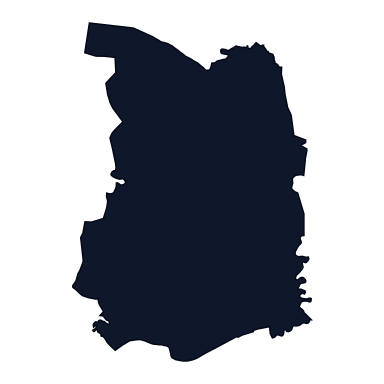 outline of Guri, Jigawa, Nigeria
{"feature_id": "59680162B66353567053476", "entity_name": "Guri", "entity_type": "district", "adm_level": 2, "iso_a3": "NGA", "parent_name": "Nigeria", "parent_adm1": "Jigawa", "projection": "orthographic", "projection_center": [10.497, 12.643], "detail": "fine", "context": "isolated", "style": "filled", "palette": "ink", "viewbox_px": 384, "rotation_deg": 0, "n_neighbors": 0, "source": "geoboundaries", "source_scale": "gbopen_adm2", "svg_char_len": 5896}
<svg xmlns="http://www.w3.org/2000/svg" viewBox="0 0 384 384"><path d="M84.8,52.7L95.2,55.9L96.3,56.1L103.7,56.2L115.1,57.3L115.9,72.6L112.9,75.8L110.8,77.9L107.3,81.8L105.9,83.5L107.8,94.7L110.1,102.5L112.9,108.2L123.0,121.8L117.9,126.8L113.5,131.4L111.9,133.6L110.0,137.9L112.6,148.9L115.7,164.0L115.8,165.5L116.1,166.8L115.6,170.7L113.6,170.8L112.4,171.7L111.4,173.1L111.0,174.8L112.4,176.2L114.5,177.5L116.9,178.4L119.4,179.2L122.9,178.6L124.1,179.4L125.5,181.8L125.3,183.4L123.9,184.4L122.4,184.9L121.1,185.2L117.5,182.8L116.4,183.0L116.4,184.2L116.3,186.3L115.9,188.2L113.8,192.6L112.3,193.5L110.5,193.9L108.9,193.8L106.8,193.1L106.5,196.3L107.7,200.9L107.0,206.6L106.1,210.0L103.4,218.5L97.0,220.5L91.5,222.1L85.0,221.8L82.9,233.3L80.7,237.6L83.3,260.9L82.2,264.4L79.9,270.5L78.1,273.5L76.1,280.6L75.1,282.4L73.2,284.9L72.7,286.2L72.8,287.1L73.4,287.8L75.0,288.9L76.4,290.1L79.8,293.4L82.3,295.5L87.8,297.5L96.0,299.1L97.1,298.7L97.7,298.2L99.2,304.2L103.6,311.7L100.0,315.5L103.3,316.0L106.3,319.9L108.7,320.9L109.5,322.8L109.6,324.1L108.4,324.3L107.2,323.8L106.0,323.2L104.8,322.1L104.0,321.5L102.7,321.4L101.8,320.7L100.6,320.2L99.3,320.3L98.5,320.9L98.5,321.8L97.8,322.2L96.8,322.1L95.8,321.8L95.1,322.3L94.1,323.2L93.4,324.2L93.3,325.6L93.6,327.0L94.5,326.4L95.1,325.7L95.8,325.5L96.3,325.7L96.5,326.8L95.9,327.9L95.3,328.6L94.6,329.1L94.2,329.6L93.3,329.6L92.9,330.6L93.9,331.5L94.6,331.2L95.5,330.0L96.5,329.6L97.6,330.4L97.8,331.9L100.8,333.8L101.3,336.1L102.8,336.3L104.3,337.6L104.6,338.0L107.6,342.8L110.3,345.7L115.2,350.3L122.5,345.0L129.8,340.7L136.0,339.8L140.1,339.5L144.9,340.9L151.3,343.5L153.9,344.2L156.8,344.4L159.7,344.8L161.9,344.7L164.4,345.6L166.0,345.6L169.0,347.1L170.9,353.8L171.0,355.7L171.9,357.6L175.6,359.6L179.5,360.4L183.3,361.0L187.1,361.0L192.6,359.8L195.4,358.8L198.2,357.4L205.5,353.1L218.5,346.3L236.0,336.9L238.6,337.0L241.7,335.2L253.3,331.6L253.0,330.5L255.6,329.7L257.4,329.0L270.0,326.6L269.8,327.8L269.8,330.0L270.2,331.5L270.3,333.3L270.2,333.5L270.6,334.2L271.6,336.3L271.7,336.7L272.1,337.4L272.6,337.9L273.4,337.5L274.1,337.5L276.0,335.7L276.5,334.7L279.1,335.1L281.4,335.9L282.6,335.6L283.3,334.5L283.7,332.9L283.8,331.4L284.0,330.4L284.6,329.6L285.5,329.6L286.1,330.0L286.5,331.0L287.2,331.5L288.3,331.6L289.5,331.2L290.5,330.7L291.6,329.8L292.0,328.5L292.3,327.1L292.7,326.5L293.6,325.8L294.8,325.8L296.5,325.9L298.0,325.6L299.3,325.4L300.5,324.6L301.6,323.6L302.5,322.6L302.9,322.7L303.0,322.9L304.5,322.8L305.5,323.2L306.1,323.4L306.6,323.4L307.3,323.2L308.1,323.0L308.7,322.3L309.4,321.4L308.7,320.5L308.7,320.4L308.8,320.3L309.4,320.0L311.3,319.8L303.9,312.5L303.5,310.9L302.4,309.6L300.5,308.2L299.1,306.6L301.0,302.3L302.6,301.3L304.3,301.0L307.6,301.2L308.8,301.8L310.5,301.8L311.0,301.0L311.0,300.0L311.3,298.6L310.3,298.2L308.7,298.2L307.4,299.0L305.7,298.9L304.1,298.7L302.3,298.5L300.7,297.7L300.0,297.2L299.6,296.1L299.6,295.4L300.7,294.2L301.8,293.5L302.9,293.3L304.4,294.0L305.3,292.4L304.9,290.9L301.9,289.6L300.8,289.2L299.4,289.2L298.4,289.4L298.0,288.5L297.9,287.5L299.0,286.6L299.2,285.1L300.6,283.6L301.9,283.1L303.7,282.9L305.3,282.4L305.8,281.0L305.2,279.5L303.2,277.6L302.2,277.4L300.9,277.6L299.9,278.2L298.9,279.0L297.9,279.9L296.8,279.8L295.8,279.6L295.4,278.7L295.7,276.9L296.2,275.5L298.2,273.5L300.2,271.4L302.2,269.1L303.0,267.4L302.8,265.9L302.1,263.2L302.4,262.0L303.9,262.1L305.2,262.6L306.2,262.4L307.3,261.4L308.2,260.3L308.8,258.8L308.3,257.1L307.4,257.1L306.4,257.4L303.9,256.8L302.5,256.4L301.0,256.4L299.5,256.7L298.3,256.7L296.9,256.1L295.8,255.5L295.2,254.3L295.0,252.8L295.4,251.4L296.8,248.7L297.4,247.5L298.6,245.7L299.6,244.7L300.8,243.6L301.2,242.6L301.1,241.4L300.5,240.1L299.9,238.3L300.3,237.1L301.0,236.1L302.2,235.6L303.9,235.5L303.9,213.9L297.6,192.9L295.0,191.9L292.8,190.0L291.4,188.3L291.9,185.9L292.7,183.2L292.5,181.1L292.4,178.4L293.5,176.9L296.0,175.2L298.0,175.0L300.5,174.7L301.9,174.8L303.7,175.4L305.1,161.4L305.3,158.8L305.7,156.5L306.3,153.5L306.8,150.8L306.8,149.0L303.7,147.2L301.7,146.2L301.3,144.8L301.3,144.2L302.5,144.2L303.8,143.7L305.6,142.5L305.6,140.0L293.9,135.6L291.1,115.1L287.6,107.5L284.9,94.1L284.2,87.0L281.3,74.1L281.6,67.2L281.1,67.1L280.6,67.4L280.2,67.4L279.6,67.1L279.0,66.9L278.6,66.3L277.8,65.4L277.7,64.8L277.4,64.5L276.6,64.0L276.1,63.9L275.5,64.1L275.1,63.9L274.8,63.5L275.2,63.1L274.7,62.8L274.8,62.2L274.8,61.4L274.6,60.8L274.1,60.1L274.0,59.4L274.1,57.9L273.5,57.7L273.4,57.3L273.5,56.9L273.8,56.7L273.3,56.0L273.1,55.0L272.8,54.4L271.7,54.0L271.0,53.9L270.3,53.6L269.3,53.3L268.7,53.0L268.5,52.1L268.0,51.6L267.3,51.3L266.8,51.2L266.4,50.8L266.2,50.2L265.9,49.5L265.3,48.8L264.6,47.7L263.9,46.8L263.3,46.3L263.3,46.0L263.6,45.6L263.6,45.2L263.1,45.2L262.7,45.2L262.1,45.4L261.6,45.7L261.0,46.0L260.3,45.7L259.5,45.3L258.1,44.1L257.5,44.0L257.0,43.6L256.3,42.7L256.1,42.7L255.7,43.1L255.2,43.6L254.4,44.6L253.4,45.7L253.0,46.1L252.3,46.4L252.0,46.8L251.7,47.4L251.1,48.2L250.2,48.5L249.2,48.5L248.0,48.1L247.7,47.7L247.8,46.5L247.7,46.0L247.3,45.9L247.0,46.3L246.8,46.8L246.6,47.4L245.9,47.6L245.2,47.4L244.4,47.2L243.7,47.2L242.9,47.4L242.1,47.4L241.3,47.3L239.4,46.9L238.5,46.6L237.5,46.6L236.7,46.1L236.2,46.0L235.7,46.2L235.0,46.7L234.1,47.3L233.2,47.9L232.1,48.4L231.0,49.0L229.9,49.8L229.0,50.5L228.4,50.5L227.6,50.4L226.6,50.1L225.6,49.6L224.6,49.4L222.6,49.1L221.9,49.1L220.8,50.0L220.8,50.5L220.9,51.4L220.9,52.5L221.5,53.3L222.7,53.7L225.3,54.2L227.5,54.5L228.2,55.1L228.3,56.4L227.2,57.7L225.7,59.1L222.9,59.6L220.5,60.2L218.6,60.7L216.9,61.2L215.2,62.8L211.9,63.1L211.5,64.8L211.0,67.1L210.4,68.3L210.3,69.4L209.0,70.1L207.6,70.2L205.9,70.5L203.2,67.6L201.3,66.2L197.6,63.0L193.9,61.0L190.6,58.8L185.7,56.4L183.3,54.4L179.5,51.7L178.0,50.4L173.6,47.2L172.0,45.8L170.6,45.3L168.0,43.7L164.9,42.8L160.8,41.8L158.2,40.0L156.5,39.1L152.9,36.9L133.3,28.1L89.4,23.0L84.8,52.7Z" fill="#0f172a" stroke="#020617" stroke-width="1.5"/></svg>